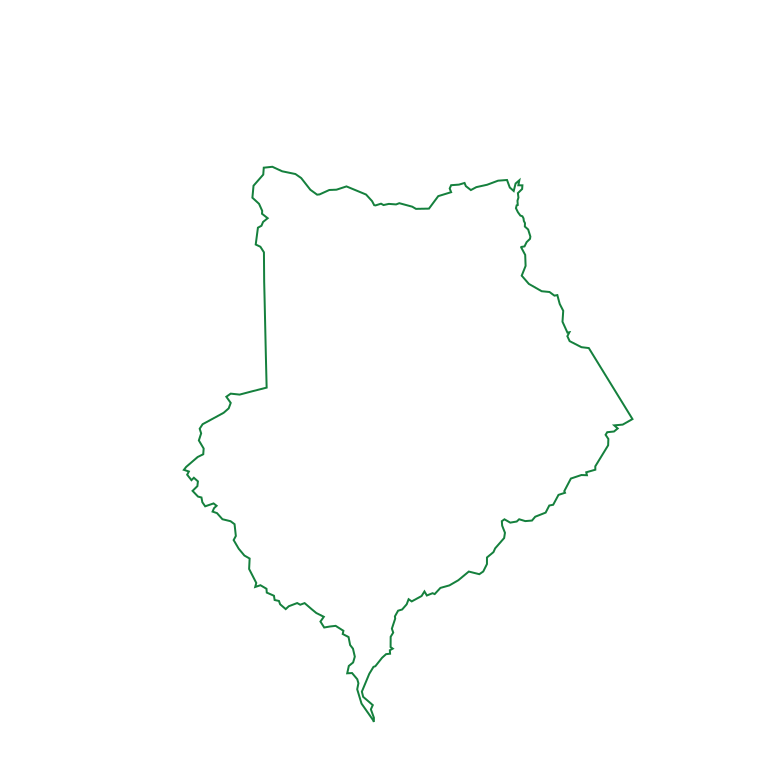 Coamo, Puerto Rico, rotated 227°
{"feature_id": "32010507B26629522791293", "entity_name": "Coamo", "entity_type": "district", "adm_level": 2, "iso_a3": "PRI", "parent_name": "Puerto Rico", "parent_adm1": "", "projection": "robinson", "projection_center": [-66.366, 18.096], "detail": "fine", "context": "isolated", "style": "outline", "palette": "green", "viewbox_px": 768, "rotation_deg": 227, "n_neighbors": 0, "source": "geoboundaries", "source_scale": "gbopen_adm2", "svg_char_len": 3118}
<svg xmlns="http://www.w3.org/2000/svg" viewBox="0 0 768 768"><g transform="rotate(227 384 384)"><path d="M325.6,154.9L323.4,151.4L321.1,156.4L314.4,158.4L311.4,156.0L304.2,159.1L300.6,156.7L297.0,159.2L293.7,157.8L286.4,158.6L286.4,162.8L283.0,171.1L279.7,172.2L277.9,176.5L268.8,177.5L262.7,178.3L254.8,181.2L253.6,175.5L246.7,174.2L243.5,179.1L240.1,183.7L231.2,186.0L229.3,183.3L223.1,185.5L216.2,181.2L211.6,180.8L204.5,176.7L201.4,171.5L201.8,166.0L197.5,159.8L194.4,163.5L186.3,163.1L182.6,161.2L179.0,156.2L165.6,149.6L145.7,146.8L143.8,146.1L146.8,149.0L155.0,152.5L156.8,156.8L169.4,155.4L174.1,158.0L182.1,175.6L184.3,183.4L183.5,185.2L185.1,195.9L185.0,201.3L182.6,204.5L185.3,206.7L184.5,209.9L187.1,209.4L194.6,216.5L195.9,221.2L199.7,222.9L204.8,232.2L206.6,233.5L208.6,239.7L206.7,243.5L207.4,250.3L209.8,255.2L206.1,256.0L203.3,266.9L204.7,272.1L200.1,271.1L197.9,276.8L195.8,277.8L196.4,286.2L192.1,294.5L189.8,304.5L189.0,318.1L179.9,324.0L179.2,328.7L182.1,336.5L186.9,341.0L186.4,349.4L188.0,353.2L189.4,366.8L192.7,371.0L199.8,373.8L203.3,376.6L202.9,379.8L196.5,381.8L192.9,387.3L192.9,390.6L187.4,393.8L183.2,399.1L183.8,404.1L179.7,414.5L182.4,422.0L180.3,425.4L183.9,436.0L181.0,442.2L182.7,442.8L187.4,456.2L182.8,466.3L178.9,470.2L181.5,471.7L177.2,480.1L179.7,482.4L186.3,506.1L190.8,510.6L195.7,511.4L196.5,514.4L192.4,519.8L192.1,524.6L196.7,524.2L191.5,530.9L188.9,541.8L270.6,558.3L276.3,553.5L288.7,549.0L293.9,550.7L295.4,554.9L296.5,553.2L307.8,557.0L315.3,565.0L322.7,567.1L330.8,571.4L332.4,568.9L338.4,567.8L344.3,562.6L358.4,558.2L369.3,558.6L373.8,568.1L382.1,575.3L390.4,577.5L390.6,577.9L388.8,580.6L390.5,585.1L390.6,589.8L392.0,591.6L398.7,594.8L403.1,594.4L405.5,596.8L407.9,597.5L410.0,599.0L412.3,599.6L414.2,598.6L418.3,599.1L422.6,600.4L424.2,602.9L423.7,603.9L427.0,606.6L428.6,609.4L432.3,612.1L432.4,618.0L434.9,620.7L437.7,617.8L440.7,621.9L440.9,617.0L436.7,610.5L441.9,610.0L449.3,613.1L454.9,606.1L459.4,595.3L465.0,585.8L466.6,579.8L472.9,578.8L476.1,580.0L478.7,574.8L483.6,568.7L482.2,565.4L478.5,563.9L484.4,551.8L481.6,536.5L490.3,526.8L494.4,525.6L505.8,518.5L507.1,515.3L512.4,510.4L515.2,505.7L517.9,504.8L520.4,499.6L521.5,498.8L525.9,500.0L534.8,500.1L554.1,491.3L558.5,481.8L563.2,476.3L566.6,466.2L568.1,464.2L576.3,462.6L591.1,463.9L598.0,462.4L609.0,454.6L619.0,450.5L624.2,443.6L619.5,438.5L618.0,423.8L610.0,414.8L601.0,415.5L593.7,413.0L591.7,410.9L584.6,412.0L585.0,406.1L583.3,402.3L584.3,398.4L573.5,385.3L568.7,387.2L562.2,386.0L540.5,366.1L528.0,355.0L487.4,318.8L461.4,295.7L468.8,282.2L474.7,271.2L481.5,265.3L482.2,260.0L474.7,259.0L472.1,253.8L472.3,247.1L478.3,223.9L477.0,218.7L472.6,216.6L469.0,210.1L459.8,208.1L455.9,203.9L457.7,197.9L458.3,182.8L457.7,179.1L453.1,181.6L451.9,178.2L445.0,177.6L445.1,181.0L439.7,181.5L436.6,177.9L436.4,171.1L428.5,171.2L425.5,173.1L421.4,170.5L416.5,169.8L412.9,177.9L409.1,178.5L409.1,175.0L407.6,171.6L403.5,173.8L395.3,173.6L388.3,178.2L383.4,179.1L373.9,172.0L372.4,167.6L362.6,165.4L353.8,164.9L348.0,166.7L340.7,159.2L325.6,154.9Z" fill="none" stroke="#15803d" stroke-width="2"/></g></svg>